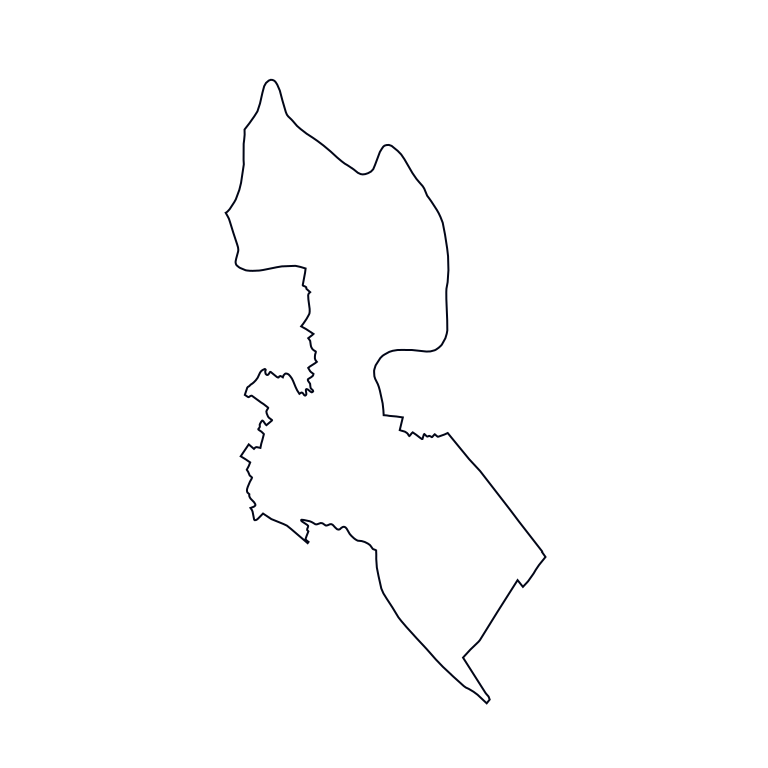 Truc Ninh, Nam Định, Vietnam, rotated 310°
{"feature_id": "81297802B30905014988311", "entity_name": "Truc Ninh", "entity_type": "district", "adm_level": 2, "iso_a3": "VNM", "parent_name": "Vietnam", "parent_adm1": "Nam Định", "projection": "robinson", "projection_center": [106.231, 20.244], "detail": "fine", "context": "isolated", "style": "outline", "palette": "ink", "viewbox_px": 768, "rotation_deg": 310, "n_neighbors": 0, "source": "geoboundaries", "source_scale": "gbopen_adm2", "svg_char_len": 6166}
<svg xmlns="http://www.w3.org/2000/svg" viewBox="0 0 768 768"><g transform="rotate(310 384 384)"><path d="M473.5,391.4L489.1,377.2L494.5,372.6L497.1,370.6L502.9,367.3L512.6,360.2L523.0,351.0L528.4,345.3L537.6,334.8L545.3,325.3L548.2,320.0L550.0,316.1L551.3,312.6L554.3,302.8L555.3,299.0L556.0,296.0L559.5,289.3L560.4,286.6L561.3,280.8L562.0,276.9L563.9,270.1L569.3,255.2L570.9,249.6L571.4,244.6L571.3,236.8L570.3,234.1L568.6,232.3L566.9,231.2L565.4,230.9L563.0,231.1L559.1,231.7L546.1,236.3L541.6,237.7L538.4,237.5L535.3,236.3L532.7,234.7L530.9,233.0L529.8,231.2L529.0,228.2L528.9,222.7L528.1,215.3L527.6,212.4L527.4,208.5L527.4,202.6L527.8,193.7L527.8,184.4L527.4,176.7L526.9,171.2L526.0,163.8L525.7,155.8L525.8,151.4L526.8,145.4L527.1,143.2L527.4,138.6L527.9,136.5L529.2,134.0L536.0,123.8L541.8,115.6L544.7,109.8L545.6,107.0L545.8,105.3L545.6,104.2L545.1,102.9L544.2,101.7L542.4,100.7L538.8,100.1L535.1,100.8L529.1,103.6L519.2,108.7L511.5,111.8L505.6,112.6L497.1,113.3L489.3,113.6L485.4,117.0L481.2,119.9L477.8,122.1L465.5,132.3L462.2,135.4L446.2,145.2L439.7,148.4L430.2,151.8L427.1,152.4L418.8,153.4L415.9,153.3L414.1,153.0L413.4,152.7L412.0,156.4L410.9,159.0L409.1,161.9L403.1,171.2L396.4,182.0L394.8,184.4L393.1,186.2L391.9,187.0L384.8,190.3L382.6,191.5L381.7,192.2L380.9,193.2L380.4,194.1L380.2,195.0L380.2,197.7L380.4,199.1L382.2,204.9L382.9,206.1L384.6,208.6L386.3,210.7L390.8,215.6L393.5,218.0L402.5,225.2L404.4,226.7L408.4,230.1L416.5,239.0L417.7,240.4L418.6,242.1L420.0,244.8L422.1,249.7L418.5,252.0L407.5,258.2L407.3,258.7L408.0,261.0L408.1,262.2L407.1,263.3L407.0,263.7L406.9,268.4L404.9,268.2L404.0,268.5L403.2,268.9L400.3,271.6L393.7,278.8L391.6,280.6L390.0,281.6L388.4,282.0L384.2,282.8L378.3,283.4L374.9,283.5L376.0,289.2L377.0,297.8L375.5,297.6L370.4,296.5L369.8,299.0L369.5,299.8L366.7,302.9L365.7,304.2L365.1,305.6L364.7,306.9L364.7,308.7L365.0,310.5L365.0,310.9L364.2,311.5L362.3,312.3L360.5,313.5L359.1,314.7L358.2,316.3L357.8,318.3L355.9,317.9L349.5,315.9L347.6,315.6L346.4,319.0L346.2,320.3L346.4,323.5L345.1,324.1L344.7,324.2L342.7,323.9L339.0,322.7L338.3,322.9L337.8,323.5L337.5,324.2L336.7,327.2L334.4,329.6L333.8,330.4L333.6,331.0L333.4,333.7L332.9,334.4L331.9,334.4L331.2,334.0L330.9,332.8L330.8,329.1L330.4,328.0L330.1,327.8L329.5,327.8L328.6,328.5L326.9,330.5L326.0,331.2L325.2,331.3L324.5,331.1L324.3,330.8L324.2,330.0L324.8,327.8L324.7,326.8L324.5,326.4L324.1,326.1L322.1,325.5L323.3,321.6L324.8,318.3L327.9,312.4L329.0,309.9L329.7,307.2L330.0,305.0L329.8,303.7L329.5,303.0L329.1,302.3L328.6,301.8L327.9,301.6L326.1,301.5L324.1,302.2L324.0,301.1L323.5,299.5L322.6,299.0L321.2,299.0L320.8,298.5L320.5,297.3L320.4,289.4L319.9,289.0L317.4,289.3L316.5,289.2L316.1,289.0L315.7,288.5L315.6,287.7L315.7,286.8L316.3,286.0L317.2,285.0L318.8,284.3L319.0,283.7L318.9,283.1L317.6,282.4L316.3,281.9L314.6,281.6L312.8,281.8L307.6,283.2L304.4,283.4L301.6,283.2L299.9,282.9L297.9,282.3L295.6,282.1L294.2,281.6L293.3,281.6L286.2,284.4L286.6,288.0L286.9,288.7L287.5,289.0L288.7,289.3L289.5,289.7L290.0,290.2L290.1,290.7L290.8,301.4L291.2,304.6L291.4,310.1L291.3,310.6L290.9,310.8L288.6,311.1L287.4,311.5L286.1,313.0L284.6,315.9L284.4,316.5L284.2,317.7L284.4,321.3L284.3,321.5L283.8,321.6L276.9,320.4L276.9,319.3L277.9,315.6L277.9,314.5L277.6,314.2L277.2,314.2L276.0,314.2L273.9,314.6L273.0,314.9L271.4,316.4L270.6,316.6L268.7,316.7L268.4,317.0L268.4,318.1L268.7,320.7L268.5,323.7L268.4,324.2L262.5,327.0L259.5,328.3L255.6,330.4L253.8,327.0L253.0,326.4L252.4,326.2L250.7,326.1L250.8,319.2L236.5,320.7L237.3,326.0L237.9,331.9L234.3,333.1L230.1,334.0L229.4,336.4L227.6,339.9L227.6,342.6L227.4,343.1L226.2,343.5L223.0,344.1L217.5,345.8L215.4,346.7L214.4,347.4L213.8,348.0L213.1,349.1L213.0,351.7L212.1,352.3L211.3,353.2L210.7,354.6L210.4,355.7L209.9,360.6L209.1,362.8L208.4,363.4L208.0,363.5L206.4,363.2L203.2,361.4L202.6,363.7L201.8,365.3L196.8,371.5L196.6,371.9L196.6,372.5L197.4,373.3L198.2,373.7L199.6,374.0L207.0,374.6L208.1,384.5L212.1,396.9L213.1,400.7L213.2,406.3L213.0,427.8L214.5,427.7L214.4,425.2L214.7,423.8L214.9,423.5L217.5,422.5L222.5,420.8L222.7,419.1L222.9,418.9L223.5,418.4L225.8,417.6L226.3,417.3L226.6,417.0L226.7,415.7L226.0,409.6L226.0,408.9L226.4,408.1L226.7,408.0L227.1,408.2L228.3,410.0L231.1,415.3L231.7,417.1L232.1,419.1L232.4,421.4L232.8,422.2L233.5,422.9L236.7,424.8L237.5,425.9L237.8,426.7L238.1,430.1L238.4,430.7L239.1,431.3L239.9,431.8L241.9,432.8L242.8,433.8L243.1,435.0L243.1,435.8L242.7,438.8L242.6,441.3L242.8,441.9L243.2,442.7L243.9,443.3L244.6,443.6L245.9,443.7L247.7,444.2L248.5,444.7L249.1,445.5L249.4,446.6L249.2,448.3L247.1,454.1L246.7,456.6L246.5,460.1L246.6,461.9L246.8,463.3L247.1,464.6L249.3,467.8L250.6,470.8L251.4,474.2L251.6,476.7L251.3,478.2L250.5,481.2L250.5,481.8L251.2,483.6L251.5,484.9L248.4,487.7L244.9,490.6L238.8,496.5L233.4,503.2L225.6,513.4L223.2,518.2L221.3,524.0L218.2,534.2L214.5,545.1L213.5,549.9L212.2,557.7L210.2,572.3L208.4,586.9L206.3,600.8L205.2,610.9L204.8,618.5L204.4,625.2L203.9,639.2L204.1,641.9L204.9,644.8L205.8,650.4L206.1,655.4L205.4,667.9L210.2,667.8L211.8,665.0L212.3,661.7L212.6,660.3L225.2,620.4L236.2,620.9L247.3,622.1L249.4,622.1L282.2,617.4L319.6,612.4L317.9,620.8L325.4,621.2L335.1,620.4L339.2,619.7L344.9,619.1L355.3,618.9L356.8,613.2L357.1,613.2L357.4,612.8L365.4,575.7L368.8,561.0L379.1,513.6L381.1,497.7L387.4,464.3L384.2,462.8L378.6,459.5L378.2,459.1L378.1,458.6L378.1,455.2L377.7,455.1L374.4,455.0L374.0,454.7L373.9,453.8L373.5,452.3L373.1,451.8L371.8,451.2L371.4,450.4L371.6,447.1L371.4,447.0L370.9,447.0L366.6,448.8L366.4,448.6L366.2,448.4L366.0,446.3L365.8,441.3L365.4,437.1L364.1,436.9L361.0,437.0L360.4,436.8L360.6,435.6L361.1,434.3L361.2,432.8L360.9,430.6L359.3,427.0L358.8,425.7L370.5,419.9L367.1,414.4L363.1,408.7L361.7,406.3L359.9,403.8L363.6,400.3L368.3,395.4L376.2,385.2L378.4,382.0L379.9,379.4L382.3,373.9L383.7,371.7L386.3,369.2L387.9,367.8L389.3,367.1L392.9,365.6L401.5,364.5L404.8,364.8L406.8,365.4L412.0,367.4L415.0,369.3L418.6,372.4L421.5,375.7L428.1,383.7L436.1,395.6L438.8,398.6L442.5,401.2L444.0,401.8L447.0,402.6L450.1,403.0L451.4,403.0L458.5,401.6L462.9,399.7L465.7,398.1L473.5,391.4Z" fill="none" stroke="#020617" stroke-width="2"/></g></svg>